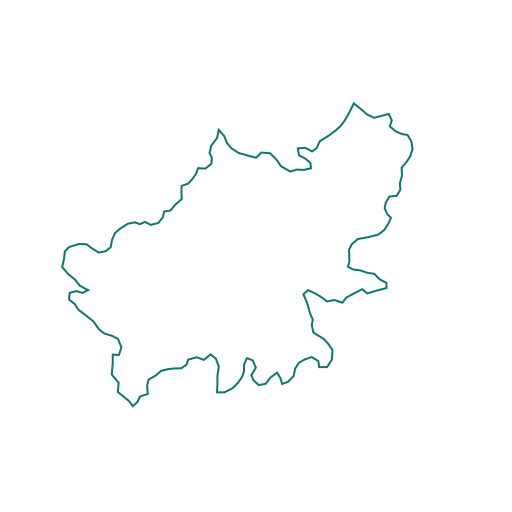 outline of Santana do Deserto, Minas Gerais, Brazil, rotated 66°
{"feature_id": "56859067B9842068555783", "entity_name": "Santana do Deserto", "entity_type": "district", "adm_level": 2, "iso_a3": "BRA", "parent_name": "Brazil", "parent_adm1": "Minas Gerais", "projection": "mercator", "projection_center": [-43.18, -21.939], "detail": "fine", "context": "isolated", "style": "outline", "palette": "teal", "viewbox_px": 512, "rotation_deg": 66, "n_neighbors": 0, "source": "geoboundaries", "source_scale": "gbopen_adm2", "svg_char_len": 2584}
<svg xmlns="http://www.w3.org/2000/svg" viewBox="0 0 512 512"><g transform="rotate(66 256 256)"><path d="M364.7,347.1L367.7,340.2L367.2,331.1L364.4,323.8L360.8,317.9L356.5,313.9L350.1,310.9L345.6,305.8L350.1,301.4L357.9,301.6L363.0,308.7L368.3,308.9L375.0,306.0L376.7,299.1L373.0,292.5L371.1,284.2L377.6,283.4L383.5,284.2L384.0,277.9L380.9,270.4L374.7,265.9L371.0,260.3L370.3,253.8L371.0,246.2L377.3,241.8L383.2,243.5L386.4,236.2L381.4,228.7L373.1,224.4L365.7,225.7L359.2,227.9L354.2,231.4L349.2,234.7L342.0,233.2L337.2,230.0L330.1,229.9L319.8,228.4L310.2,228.3L308.4,222.3L315.0,216.6L320.7,212.7L326.3,209.7L328.2,202.1L333.8,196.1L330.7,190.3L330.1,182.5L329.5,172.5L335.5,169.5L336.6,160.4L338.3,149.8L333.5,147.8L327.7,152.5L320.4,155.2L316.4,161.4L311.6,166.5L307.7,172.9L303.2,176.4L299.1,172.9L293.7,170.7L288.2,168.5L284.2,163.7L281.9,156.2L284.4,145.9L286.2,135.4L284.2,127.8L280.1,121.7L276.0,117.2L270.8,119.1L264.6,119.0L260.1,115.8L255.9,109.9L258.3,103.0L254.0,97.0L248.4,95.2L242.2,90.1L234.5,87.0L231.6,80.8L227.9,74.8L222.0,69.5L214.5,67.5L207.1,68.3L204.1,72.9L198.9,77.7L192.1,81.0L187.3,76.8L180.2,76.9L179.2,83.1L177.8,91.9L172.1,96.8L165.1,100.1L156.4,104.6L161.4,110.6L164.9,115.1L168.3,119.9L171.5,125.5L173.7,132.1L175.8,141.4L177.1,151.1L182.1,156.8L183.3,162.3L177.2,167.0L174.7,174.0L181.4,175.8L187.3,171.2L193.2,168.5L198.2,170.1L196.8,177.4L193.7,183.4L192.8,190.3L188.4,193.6L184.1,196.7L176.6,198.0L167.9,201.3L163.7,209.0L166.2,216.1L161.7,221.7L158.1,226.0L154.7,230.0L148.0,234.5L140.7,236.6L133.6,236.3L125.6,238.7L132.3,243.5L137.0,252.0L142.9,256.5L148.8,256.5L153.6,259.3L155.6,266.7L152.2,273.1L156.5,277.3L159.5,282.2L162.3,288.5L161.7,295.4L166.8,297.9L173.7,300.6L176.3,308.9L179.7,315.8L178.0,321.8L182.8,325.5L186.1,331.8L184.8,339.4L179.7,343.6L179.7,349.2L176.0,352.9L174.4,359.8L175.7,368.9L177.7,375.6L182.8,381.0L188.9,385.2L190.5,391.5L188.9,398.2L182.8,402.5L176.3,406.1L173.0,412.7L171.8,423.1L174.0,428.7L180.8,432.7L187.3,437.6L196.4,434.8L204.1,430.9L211.3,429.1L218.9,423.3L219.1,429.7L215.0,434.3L213.9,441.2L219.7,444.5L226.2,441.1L232.7,440.2L239.1,436.6L249.7,431.1L258.7,429.4L264.9,426.3L270.7,419.7L275.8,415.8L284.6,416.1L290.7,421.4L287.8,427.0L295.7,430.5L305.7,436.0L315.9,433.0L324.0,437.5L337.2,430.9L343.1,429.7L341.1,423.6L337.2,419.1L338.0,411.0L329.9,408.1L325.2,404.2L324.3,395.8L322.3,389.5L323.6,382.5L325.6,376.1L328.2,369.9L327.0,363.7L323.1,360.1L324.3,351.4L329.7,345.9L327.4,337.5L333.5,334.4L342.0,335.0L349.5,339.8L357.6,343.5L364.7,347.1Z" fill="none" stroke="#0f766e" stroke-width="2"/></g></svg>